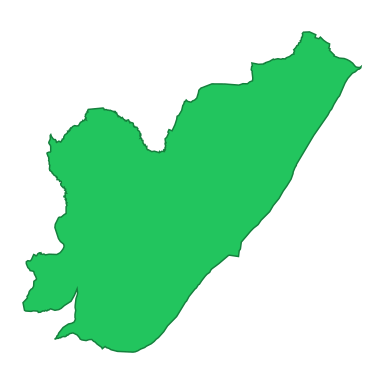 outline of Kaeng Khro, Chaiyaphum, Thailand
{"feature_id": "78962969B55308089725045", "entity_name": "Kaeng Khro", "entity_type": "district", "adm_level": 2, "iso_a3": "THA", "parent_name": "Thailand", "parent_adm1": "Chaiyaphum", "projection": "natural_earth1", "projection_center": [102.171, 16.134], "detail": "fine", "context": "isolated", "style": "filled", "palette": "green", "viewbox_px": 384, "rotation_deg": 0, "n_neighbors": 0, "source": "geoboundaries", "source_scale": "gbopen_adm2", "svg_char_len": 5807}
<svg xmlns="http://www.w3.org/2000/svg" viewBox="0 0 384 384"><path d="M303.4,32.2L302.3,33.6L302.7,34.5L302.3,37.1L301.6,37.3L301.2,40.0L300.3,40.7L300.7,41.3L300.5,42.1L298.9,42.8L298.1,45.2L296.8,45.7L295.8,47.6L293.7,49.8L294.6,51.0L293.8,52.4L293.9,54.1L292.5,54.3L289.4,56.6L286.2,57.8L285.4,58.9L282.4,58.7L281.2,59.3L277.9,58.7L273.9,59.6L273.3,59.1L269.6,61.3L265.4,62.7L265.3,63.2L264.0,63.4L263.7,64.0L258.5,64.3L251.9,63.0L252.4,66.0L251.7,66.4L251.2,69.8L252.3,71.4L252.1,72.2L252.8,78.2L252.5,80.8L249.7,81.9L247.4,83.8L242.9,83.7L238.9,85.1L224.7,84.0L211.9,83.9L200.9,88.1L198.9,90.2L198.3,93.2L196.8,98.0L194.5,100.2L192.9,100.7L191.0,102.2L187.7,101.4L186.2,100.0L185.4,101.5L184.5,101.5L183.7,104.2L182.8,105.5L181.7,110.4L178.8,115.3L177.1,116.3L176.7,119.3L175.0,124.6L172.1,130.8L169.0,129.6L167.9,132.1L168.7,132.8L168.6,133.3L166.7,137.3L165.1,138.8L165.3,141.0L165.6,142.2L166.0,142.5L165.9,143.0L165.3,143.2L165.6,143.5L165.1,144.1L165.7,145.4L165.4,145.9L165.5,147.5L165.0,147.8L165.4,149.1L165.1,149.3L165.0,150.1L164.1,149.5L163.7,149.9L164.2,151.5L161.7,151.3L160.0,152.4L159.5,151.6L159.0,152.6L154.4,151.2L151.7,151.6L148.1,149.7L147.5,149.8L146.7,148.5L146.8,146.7L146.3,147.0L145.1,144.8L144.6,145.3L144.1,144.9L143.5,143.4L143.0,143.1L142.9,140.5L141.9,140.4L141.7,138.8L140.8,138.2L140.2,138.3L140.8,137.4L140.3,136.5L140.6,135.8L139.9,135.7L140.1,134.4L140.8,134.5L140.6,133.6L139.9,133.2L139.6,131.8L138.9,130.9L137.8,130.3L137.5,129.4L137.9,128.8L136.8,127.2L135.5,127.4L134.8,126.5L134.3,127.0L133.7,126.4L133.2,123.3L131.8,122.6L130.2,122.7L130.4,122.3L129.6,122.0L129.6,121.5L128.9,121.0L128.5,119.9L127.0,120.2L126.5,121.0L126.2,120.7L125.5,120.9L125.0,120.7L124.9,119.9L123.8,119.5L122.2,117.4L121.2,118.1L119.6,116.4L118.6,116.6L118.7,116.3L118.0,116.0L118.2,115.7L117.3,114.9L116.7,113.2L116.5,113.4L115.0,112.5L115.6,112.1L115.3,111.5L114.1,111.4L114.0,111.8L110.0,110.2L109.4,110.5L108.0,110.0L107.5,110.2L106.5,109.6L104.2,109.7L103.8,108.5L103.1,108.0L88.3,109.4L87.6,110.5L87.8,111.6L87.3,111.7L87.6,112.2L87.1,112.3L87.0,112.8L86.2,113.3L86.2,113.9L85.5,114.4L85.7,114.8L85.1,116.6L86.2,118.0L85.9,118.7L85.5,118.4L85.3,118.7L86.0,119.8L85.0,119.4L84.0,120.7L82.8,120.4L82.8,121.1L80.4,122.4L78.5,125.7L76.7,126.0L74.6,125.6L72.6,126.6L71.5,128.0L70.9,127.8L70.2,128.6L70.5,129.0L69.6,129.9L69.8,130.3L69.1,130.3L69.2,131.1L67.7,131.2L68.1,132.0L67.3,132.6L67.2,133.3L65.0,134.7L63.9,136.6L63.6,138.8L62.3,139.1L61.9,140.5L61.5,140.7L61.4,141.4L60.6,142.1L58.9,141.1L56.7,142.5L56.2,142.0L56.3,141.3L55.4,139.6L54.1,139.5L53.2,138.9L51.4,136.4L50.8,134.6L50.2,135.4L50.3,139.0L48.8,142.3L49.0,143.5L50.4,145.4L50.7,146.7L50.7,151.4L50.1,152.2L49.1,152.1L47.2,152.8L47.0,153.5L48.2,156.7L48.8,157.2L48.7,158.5L49.0,159.0L48.6,160.5L49.2,161.8L49.2,164.2L49.8,165.2L49.4,169.1L49.9,169.7L49.8,170.5L51.6,171.7L52.3,173.2L52.6,173.2L53.7,174.9L56.6,176.7L56.4,177.3L57.2,177.6L57.0,179.6L58.7,179.7L59.2,180.0L59.6,181.2L60.0,180.9L61.2,181.5L61.4,183.0L60.7,183.7L60.8,184.9L62.1,186.6L62.7,186.8L63.0,187.6L63.8,187.9L64.3,187.4L64.6,188.6L65.6,189.1L65.5,190.2L64.9,190.3L66.1,191.6L65.8,192.4L66.4,193.2L65.1,193.1L65.3,195.7L64.0,196.1L63.9,196.5L64.1,197.0L65.1,197.0L65.6,198.3L65.4,198.9L66.3,199.1L66.2,199.9L65.5,199.8L66.2,201.0L66.1,202.2L67.0,202.8L66.2,203.6L67.0,205.3L66.1,206.7L66.1,213.5L64.3,214.5L61.2,217.1L59.2,217.2L58.4,217.9L55.3,224.2L54.9,227.5L58.5,238.6L60.4,241.5L63.5,244.0L64.0,245.4L64.0,246.9L63.1,248.9L61.4,251.3L60.0,252.8L56.8,254.5L49.0,254.2L45.4,254.9L43.9,254.0L42.6,254.4L41.7,254.2L41.1,253.1L40.6,254.0L40.2,253.8L40.1,252.8L39.4,252.8L37.9,253.7L36.7,255.6L36.0,255.9L34.8,254.9L33.7,254.5L31.6,259.3L30.8,260.4L30.0,261.0L27.8,260.7L26.3,261.8L26.3,263.7L27.9,267.6L29.4,269.1L30.1,270.6L32.8,271.1L33.8,271.7L34.4,274.1L35.8,276.7L36.5,278.8L36.3,279.5L33.9,281.3L33.6,286.3L32.4,288.5L31.0,289.3L29.3,291.4L28.5,294.3L27.0,296.5L27.4,298.0L23.0,302.7L24.5,310.3L25.7,311.0L31.1,311.4L33.3,310.8L37.2,311.1L37.9,311.4L38.3,312.4L40.5,312.2L42.8,310.9L44.5,311.1L45.2,310.4L46.9,310.9L48.0,309.9L48.7,310.1L50.5,308.8L54.9,310.3L58.8,309.6L61.1,308.4L64.4,305.5L71.0,301.3L74.4,295.3L77.1,288.8L77.6,292.9L77.3,294.8L76.0,298.7L75.2,305.3L75.1,307.4L75.7,310.4L75.0,314.4L75.0,317.6L75.5,318.9L74.8,320.7L74.0,322.1L71.7,323.3L68.4,324.0L63.1,327.5L58.7,333.1L57.9,335.2L56.9,336.0L56.4,337.6L54.6,339.3L56.8,338.4L58.6,338.3L59.4,337.7L60.7,337.8L61.4,337.1L63.4,336.5L65.0,336.7L66.4,336.0L67.0,335.0L67.7,335.2L68.4,334.8L69.5,333.7L73.0,332.9L77.1,334.9L79.5,337.7L80.2,339.1L81.8,339.9L86.1,340.6L89.1,339.6L91.8,339.5L93.5,341.2L95.2,342.1L97.0,344.0L101.6,347.3L102.3,348.7L105.1,346.5L106.6,347.7L108.8,348.3L111.0,349.7L117.5,351.4L133.0,352.1L135.2,351.8L137.8,350.8L140.6,349.1L144.7,347.5L146.4,346.2L151.3,343.7L154.2,341.4L156.2,339.2L158.4,337.6L163.8,331.6L167.5,325.9L176.6,316.6L185.3,302.3L186.6,301.0L189.0,296.5L194.8,289.2L196.4,287.9L198.3,284.8L199.4,284.2L201.7,280.7L205.0,276.4L206.9,274.3L209.7,272.3L210.7,270.2L211.9,268.8L219.0,263.5L228.5,255.4L229.5,255.2L238.5,256.5L239.2,250.8L240.4,249.0L241.3,242.1L250.6,231.2L253.5,228.2L258.1,224.6L261.1,220.2L269.7,211.6L273.2,205.6L279.0,198.5L283.3,190.9L286.7,186.2L291.1,179.1L293.0,173.7L293.2,171.9L295.0,167.5L296.3,165.5L296.5,164.3L313.8,135.3L327.9,115.0L329.9,111.1L331.6,109.2L334.0,104.2L337.9,97.7L339.5,95.9L345.0,83.1L347.8,78.4L352.4,73.2L355.4,71.7L357.7,69.5L359.3,69.1L360.8,67.8L361.0,66.7L360.3,67.3L359.0,67.5L356.3,67.1L355.0,66.1L352.7,63.2L349.8,61.0L346.9,59.5L344.1,58.5L339.3,58.1L333.9,55.9L334.2,55.0L329.5,50.3L330.1,48.9L328.7,48.0L329.3,46.6L329.6,43.9L326.8,42.6L323.6,40.3L320.4,37.1L318.8,38.7L315.1,37.6L315.8,34.7L309.5,31.9L303.4,32.2Z" fill="#22c55e" stroke="#15803d" stroke-width="1.5"/></svg>